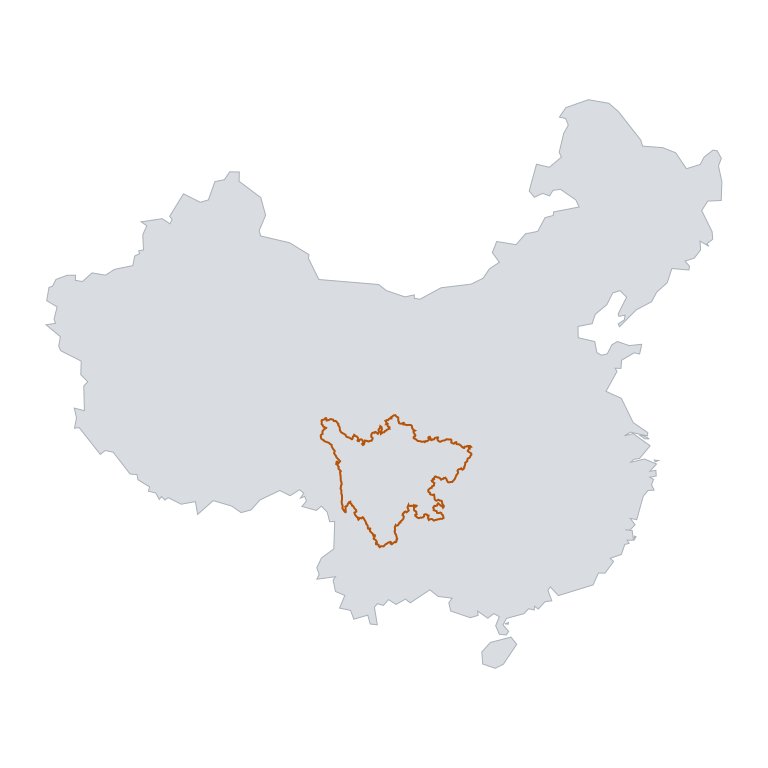 Sichuan on a map of China (orthographic projection)
{"feature_id": "CHN-1809", "entity_name": "Sichuan", "entity_type": "Province", "adm_level": 1, "iso_a3": "CHN", "parent_name": "China", "parent_adm1": "", "projection": "orthographic", "projection_center": [103.034, 30.167], "detail": "fine", "context": "in_parent", "style": "outline", "palette": "amber", "viewbox_px": 768, "rotation_deg": 0, "n_neighbors": 0, "source": "natural_earth", "source_scale": "10m", "svg_char_len": 9756}
<svg xmlns="http://www.w3.org/2000/svg" viewBox="0 0 768 768"><path d="M470.3,617.7L450.7,611.0L448.8,602.8L452.1,598.2L438.2,596.4L429.8,589.8L410.2,602.9L405.5,599.1L396.0,604.4L388.5,599.6L383.4,605.4L377.2,603.7L374.4,607.3L377.3,624.8L370.2,624.0L367.8,615.1L353.8,619.2L350.6,610.4L339.6,608.1L344.8,595.5L335.5,591.5L333.1,580.0L335.5,576.7L316.9,579.2L319.2,574.3L316.8,567.8L321.4,558.1L333.8,548.8L334.7,521.5L329.7,521.7L327.2,512.1L321.3,506.1L316.4,510.4L301.9,506.5L306.4,501.1L304.7,496.4L300.4,498.2L303.7,493.2L299.5,489.7L290.1,495.7L279.8,490.5L260.0,499.9L250.9,510.0L241.1,512.6L231.8,506.1L213.2,500.6L197.7,514.4L195.4,501.6L181.2,504.2L168.1,497.6L164.9,500.0L161.6,496.5L159.3,499.4L155.8,493.0L148.4,491.2L149.6,486.9L137.9,479.7L137.0,474.6L130.1,474.0L113.2,452.2L105.1,450.5L100.3,454.4L79.2,427.6L74.5,428.2L76.5,417.9L74.3,408.1L84.4,410.7L83.8,385.8L87.8,381.9L80.8,374.6L81.2,361.1L60.7,350.7L58.7,346.2L60.4,336.7L46.1,324.8L55.6,323.3L54.0,319.3L57.1,306.9L46.7,300.7L49.0,287.4L52.6,286.2L55.9,279.5L67.1,275.3L75.5,275.2L75.3,280.4L82.5,281.5L92.0,272.9L105.5,275.2L114.4,269.4L132.8,265.6L134.7,256.0L139.6,253.7L138.7,250.8L143.5,249.9L142.8,234.7L146.8,225.7L141.1,221.8L162.2,218.7L170.0,223.8L172.1,219.4L169.7,216.3L183.5,193.8L200.3,202.3L208.4,199.9L214.9,181.6L224.4,179.7L229.7,171.8L239.3,172.0L239.1,181.3L260.8,197.6L265.6,215.3L259.1,230.7L260.7,236.0L289.4,242.7L309.0,254.6L308.4,258.2L318.8,279.5L378.7,284.5L386.4,290.6L404.9,296.9L414.3,294.9L414.3,298.3L420.1,299.2L441.0,287.8L471.2,284.1L483.2,278.2L489.4,268.9L499.4,262.3L492.3,252.6L496.7,241.5L516.1,244.7L525.5,233.8L537.7,231.4L545.1,217.6L553.2,215.5L553.7,211.9L579.1,207.0L575.9,200.0L560.5,189.3L553.0,190.3L549.6,195.9L542.8,193.4L534.3,197.2L529.2,191.0L536.5,164.2L549.4,167.3L561.4,157.1L559.2,152.3L563.7,133.4L568.3,125.1L565.6,118.5L559.4,117.1L565.9,107.6L588.4,99.7L608.9,103.3L618.5,111.7L640.8,140.1L642.5,146.1L662.9,147.7L675.7,152.8L686.4,168.7L700.2,164.5L704.1,157.1L713.0,150.1L717.2,150.8L721.3,158.3L718.5,165.9L721.9,182.0L721.2,200.5L707.7,201.1L701.7,210.6L712.1,231.7L712.7,239.3L706.9,243.7L708.9,246.3L700.0,241.1L700.6,249.9L694.3,258.1L685.1,261.1L689.5,266.3L688.9,270.0L671.9,268.5L667.2,282.7L656.7,292.1L651.6,301.7L636.3,309.8L619.5,326.7L618.2,323.9L624.4,319.8L625.1,315.2L618.8,316.3L618.2,313.9L626.6,297.1L620.0,290.6L612.7,293.0L606.8,304.7L595.4,314.1L592.1,323.7L578.0,326.4L578.2,337.7L594.8,341.6L596.9,352.7L601.5,355.2L607.2,354.0L611.8,344.9L617.3,341.5L629.2,345.6L641.7,344.3L639.6,354.0L634.2,352.8L621.6,360.2L620.9,368.4L615.1,368.2L617.0,371.4L606.0,391.4L621.4,398.4L633.2,422.6L647.8,432.6L647.4,435.9L630.3,432.1L624.5,435.8L633.2,433.6L650.1,445.8L639.6,458.4L633.7,459.4L630.7,462.3L644.5,459.0L656.5,464.0L649.8,471.4L655.9,470.3L656.2,476.0L649.9,477.2L653.5,479.5L651.5,484.8L654.1,490.1L647.9,490.5L643.2,496.4L636.7,519.7L630.2,518.3L635.1,524.8L629.9,530.1L625.3,529.7L632.2,530.6L633.4,540.2L627.2,540.2L629.1,543.4L624.8,544.4L621.4,554.4L610.2,558.3L613.6,561.5L605.0,573.1L598.4,573.0L593.1,584.9L558.3,595.6L550.4,586.9L547.9,590.2L551.8,600.8L545.1,601.7L538.2,609.1L534.7,606.2L534.1,610.0L528.7,608.7L523.9,613.7L506.5,618.4L503.0,624.9L508.6,631.3L506.3,635.0L499.4,634.3L495.7,625.8L499.3,616.6L493.8,613.6L487.8,618.2L477.6,611.1L478.1,615.4L470.3,617.7ZM511.0,637.1L516.7,644.3L503.4,664.2L495.2,668.3L482.7,664.0L481.8,652.0L490.4,642.4L511.0,637.1ZM649.3,438.9L644.7,438.8L640.0,435.4L643.4,435.6L649.3,438.9ZM658.6,460.5L655.3,461.9L654.3,460.0L658.6,460.5ZM636.0,536.6L634.4,539.4L634.3,536.1L636.0,536.6ZM504.9,623.9L508.4,622.4L508.2,624.2L504.9,623.9Z" fill="#d9dde1" stroke="#a8b0b8" stroke-width="1"/><path d="M471.0,446.9L468.9,447.5L469.7,448.7L468.8,449.0L467.7,450.9L467.9,451.3L470.8,453.1L471.3,453.8L471.4,454.7L470.5,455.6L470.0,457.1L469.3,457.9L467.7,458.5L467.1,461.4L465.2,462.7L465.3,463.4L464.9,465.7L464.0,467.1L464.3,467.7L464.0,468.4L462.6,469.7L462.2,469.6L461.2,468.3L460.2,469.1L458.6,469.3L457.9,470.0L457.5,470.9L458.1,472.1L458.0,472.9L457.2,474.3L456.6,474.7L454.8,479.0L452.2,482.0L451.2,481.9L448.9,482.4L448.0,482.2L446.9,480.4L446.3,478.8L445.3,477.7L444.7,478.1L443.8,478.0L443.4,478.8L442.0,479.0L441.1,479.7L439.5,477.8L436.4,477.0L435.4,476.4L434.9,476.6L434.0,478.1L434.1,479.0L432.8,479.0L432.7,479.3L433.0,480.0L431.7,480.7L431.9,481.3L434.4,483.1L434.0,484.1L434.0,485.5L432.0,486.4L431.7,487.8L431.0,487.8L430.5,488.3L429.6,488.5L428.2,490.2L428.4,491.6L428.7,492.1L429.9,492.6L430.0,494.0L430.6,494.5L433.4,495.1L433.7,494.6L434.1,494.6L434.7,499.2L435.5,500.4L436.5,500.7L438.3,499.7L439.8,500.6L440.9,500.6L441.8,501.1L442.4,504.0L443.9,506.0L443.7,506.8L443.0,507.7L442.5,506.5L441.0,505.8L438.1,503.3L437.4,504.3L437.0,505.6L435.5,506.0L434.6,505.8L434.0,506.2L433.7,507.1L433.2,507.6L433.7,508.4L433.7,510.2L436.7,511.2L437.1,512.9L438.8,513.1L440.2,512.5L441.1,512.9L441.5,513.3L441.7,514.3L442.9,515.2L443.6,517.9L442.1,518.9L440.2,518.7L439.4,519.2L437.5,519.3L436.6,519.9L435.4,519.9L433.9,520.6L432.1,519.1L431.4,519.0L429.9,519.3L428.9,520.0L427.9,517.9L428.4,516.9L428.6,515.6L427.5,515.6L427.0,514.6L425.4,514.2L424.2,514.7L424.0,516.5L423.0,517.3L421.4,517.7L420.4,517.6L418.8,518.2L417.3,517.5L415.4,515.9L415.2,515.0L416.7,514.3L416.2,512.8L416.4,512.1L415.7,511.2L414.6,510.8L414.1,510.2L414.0,507.2L415.8,506.7L416.6,505.8L415.8,505.4L414.5,505.7L413.9,505.2L413.7,505.6L411.7,506.0L411.1,505.7L410.0,506.0L408.7,505.7L408.5,505.0L407.5,507.3L408.7,510.6L406.5,512.4L405.4,511.5L404.4,512.0L403.9,512.9L402.8,513.7L402.6,515.2L403.2,515.3L403.6,516.3L404.3,516.1L403.7,516.7L403.5,518.3L402.7,519.7L400.4,521.6L400.5,522.5L399.4,522.8L398.0,525.3L396.2,525.7L395.7,525.1L394.8,527.2L395.1,529.7L394.6,531.3L394.9,531.8L394.9,533.1L396.0,534.6L396.7,537.3L396.8,538.2L397.2,538.9L396.9,539.8L396.3,540.1L396.4,541.5L396.2,542.0L395.6,542.3L394.6,542.0L391.7,544.3L390.7,543.7L391.0,542.3L390.1,541.8L389.2,542.4L387.7,542.8L386.8,543.8L385.6,544.2L383.6,546.4L380.8,546.2L379.8,547.2L378.8,546.3L378.6,544.9L377.2,544.0L376.4,544.4L376.0,544.2L375.9,542.9L376.8,542.3L376.9,541.8L375.5,539.8L374.1,539.2L373.6,538.6L374.8,536.4L374.9,535.3L374.4,535.1L373.9,536.0L373.4,535.9L372.8,533.9L370.0,531.2L369.8,530.6L370.3,528.9L370.2,528.5L369.3,528.4L368.4,528.8L368.0,528.6L367.6,525.6L366.9,524.4L366.1,523.8L366.1,522.6L363.2,517.5L362.6,517.2L361.6,518.4L360.0,517.9L358.4,519.7L358.1,519.2L358.0,517.6L356.8,517.0L355.0,514.6L354.4,512.6L356.3,511.6L356.2,510.1L354.1,508.0L353.4,506.3L352.0,505.6L351.8,504.5L350.5,503.3L350.3,501.7L348.9,502.3L348.5,503.3L347.8,504.0L347.2,505.8L345.6,506.4L345.3,506.7L345.7,507.8L345.5,509.7L345.8,511.0L345.5,513.0L345.3,512.1L343.8,510.6L343.8,510.1L343.2,509.6L342.3,507.9L342.6,506.9L342.6,505.5L342.0,504.3L341.6,501.5L342.0,499.5L342.0,495.3L341.4,494.0L341.3,489.9L340.5,488.5L341.0,486.6L340.9,485.8L341.7,484.3L341.4,482.0L340.8,480.6L340.6,475.5L340.3,475.0L340.3,473.6L340.0,472.2L340.8,471.2L338.5,468.7L338.4,468.3L338.8,466.9L337.8,465.8L337.4,464.7L336.2,464.0L336.4,463.7L336.5,462.1L336.9,461.6L337.3,461.7L338.5,463.1L340.1,461.2L336.3,457.1L335.9,455.8L334.2,453.6L334.1,452.5L334.5,452.1L334.7,450.9L332.8,448.5L331.7,446.4L331.6,444.8L329.9,443.9L329.1,442.9L324.4,441.2L323.7,440.2L323.2,440.1L321.4,438.8L321.0,437.8L320.7,435.6L321.2,434.7L322.6,433.9L322.4,432.1L322.7,431.0L324.4,428.9L325.6,428.5L326.1,427.9L323.1,426.5L322.8,425.1L322.0,424.7L321.6,424.1L321.8,422.2L321.5,420.8L321.8,420.1L324.9,419.3L325.3,418.2L325.6,418.1L326.1,418.1L326.5,418.9L326.7,420.5L328.3,420.2L330.5,419.1L333.0,419.6L333.8,421.0L335.7,420.9L338.5,424.1L338.1,424.9L339.5,426.9L339.9,429.2L339.9,430.1L341.1,432.3L345.4,434.7L346.5,436.8L349.6,437.8L351.9,439.3L352.3,439.1L353.0,436.5L353.8,436.1L354.2,434.8L354.4,434.9L355.2,436.0L356.7,436.4L358.0,437.9L358.1,439.3L357.5,440.6L357.8,441.0L358.9,441.2L359.4,439.8L361.4,439.3L362.5,440.5L363.5,442.5L362.1,444.0L363.0,445.0L364.0,444.3L364.6,442.0L365.1,441.2L365.0,440.6L367.2,440.9L368.3,441.6L370.3,440.7L371.1,440.9L371.7,440.6L372.6,438.6L372.5,437.7L371.4,437.0L371.2,436.4L371.3,434.9L372.0,433.2L373.9,432.4L374.6,432.8L375.1,432.0L375.5,431.9L376.6,432.6L377.7,433.8L378.2,433.7L379.3,431.5L378.5,430.6L378.6,429.6L378.9,429.0L379.9,428.2L380.3,426.1L381.5,427.0L381.5,427.8L382.0,428.9L381.5,430.5L380.6,431.8L381.0,432.8L381.0,433.8L382.8,432.4L384.3,432.2L384.9,431.0L386.2,430.6L386.9,429.7L388.2,429.3L389.2,428.5L389.1,428.3L389.4,428.4L389.1,427.5L389.4,427.2L387.8,426.1L387.4,425.4L387.6,424.2L386.9,424.2L387.4,423.8L386.3,423.1L386.6,422.6L385.4,420.8L386.8,420.1L388.0,420.2L389.2,418.7L391.5,418.4L391.5,418.1L390.7,417.6L390.9,417.3L392.5,416.4L393.3,415.6L395.2,415.1L396.5,416.6L398.2,417.5L398.3,421.0L398.9,421.7L398.9,422.9L399.4,423.3L400.3,423.7L401.6,423.7L403.6,422.8L403.8,422.9L403.3,424.2L403.4,424.5L404.9,424.4L406.6,425.1L408.6,424.9L410.9,425.1L411.6,425.6L412.0,426.3L412.0,427.9L413.6,429.9L414.9,430.6L413.5,431.2L413.7,432.7L415.4,435.2L415.0,436.3L414.1,436.5L413.7,437.0L413.6,438.0L414.0,438.5L415.3,438.8L417.7,440.9L421.0,441.4L422.0,441.9L424.0,441.4L424.8,442.1L425.9,441.0L427.0,441.3L429.1,439.7L429.2,439.2L428.3,438.0L428.6,437.2L429.2,436.8L429.8,436.8L430.7,438.6L430.9,439.8L431.6,440.2L433.0,439.3L434.1,439.3L435.0,437.9L437.8,437.3L438.1,437.7L437.5,439.1L437.6,440.0L438.3,440.9L439.9,441.8L440.6,441.7L441.8,440.9L445.2,440.2L446.5,439.2L448.1,439.5L450.7,439.4L451.5,440.2L451.2,442.4L451.4,442.7L453.8,443.7L455.4,442.3L456.3,442.2L456.6,444.1L459.3,444.4L461.0,445.7L462.0,446.9L463.8,448.0L464.1,448.0L464.2,447.1L464.7,446.7L466.5,446.5L467.3,446.0L470.2,446.0L471.0,446.9Z" fill="none" stroke="#b45309" stroke-width="2"/></svg>